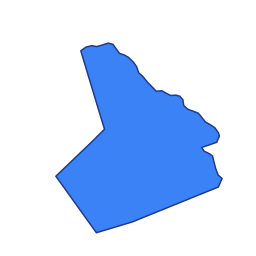 outline of Lajes Pintadas, Rio Grande do Norte, Brazil, rotated 71°
{"feature_id": "56859067B10591295929522", "entity_name": "Lajes Pintadas", "entity_type": "district", "adm_level": 2, "iso_a3": "BRA", "parent_name": "Brazil", "parent_adm1": "Rio Grande do Norte", "projection": "natural_earth1", "projection_center": [-36.154, -6.15], "detail": "fine", "context": "isolated", "style": "filled", "palette": "blue", "viewbox_px": 256, "rotation_deg": 71, "n_neighbors": 0, "source": "geoboundaries", "source_scale": "gbopen_adm2", "svg_char_len": 736}
<svg xmlns="http://www.w3.org/2000/svg" viewBox="0 0 256 256"><g transform="rotate(71 128 128)"><path d="M150.1,211.9L216.7,192.0L218.2,153.8L217.7,145.9L214.5,86.6L213.2,61.8L206.4,55.5L201.8,58.1L194.7,58.3L182.0,57.2L178.8,59.4L174.6,63.7L170.4,64.6L170.4,48.8L165.4,44.2L162.0,44.1L156.3,45.7L152.0,48.9L147.5,52.9L140.5,55.3L136.8,56.8L129.6,65.5L124.8,68.0L119.2,66.9L114.8,68.7L112.5,72.0L111.1,77.2L107.5,80.6L103.8,83.9L102.5,89.3L90.5,94.9L83.6,97.4L79.5,99.9L72.8,99.9L67.6,101.4L61.3,104.6L58.1,107.4L54.6,111.8L44.0,115.0L41.3,119.1L41.1,126.7L40.8,131.1L38.4,135.5L37.8,141.4L39.7,147.5L93.7,149.6L121.5,150.6L129.8,167.8L135.4,180.0L138.5,186.7L150.1,211.9Z" fill="#3b82f6" stroke="#1e3a8a" stroke-width="1.5"/></g></svg>